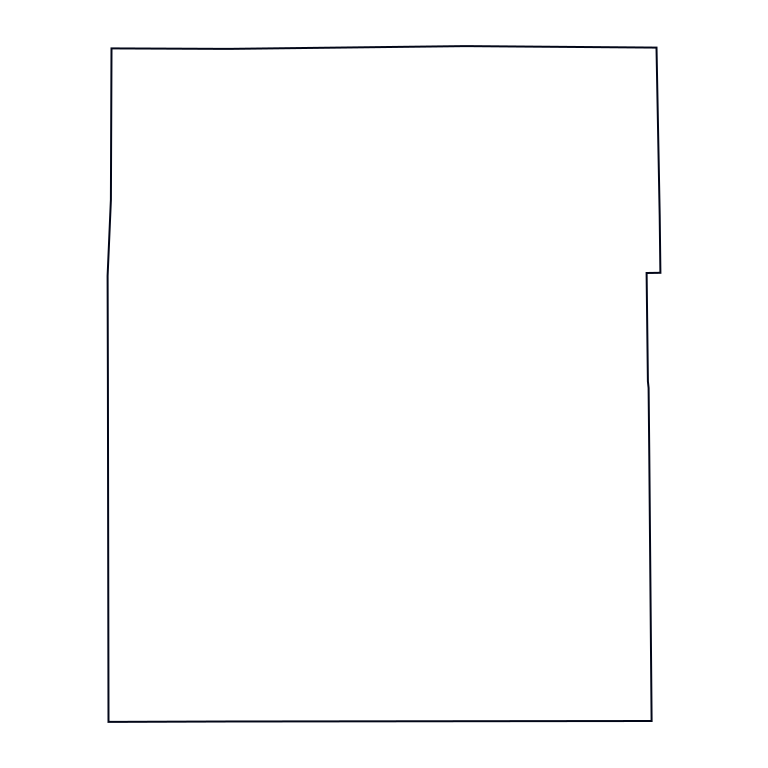 Champaign, Illinois, United States of America
{"feature_id": "52423323B49146676442539", "entity_name": "Champaign", "entity_type": "district", "adm_level": 2, "iso_a3": "USA", "parent_name": "United States of America", "parent_adm1": "Illinois", "projection": "natural_earth1", "projection_center": [-88.181, 40.14], "detail": "fine", "context": "isolated", "style": "outline", "palette": "ink", "viewbox_px": 768, "rotation_deg": 0, "n_neighbors": 0, "source": "geoboundaries", "source_scale": "gbopen_adm2", "svg_char_len": 327}
<svg xmlns="http://www.w3.org/2000/svg" viewBox="0 0 768 768"><path d="M110.9,199.8L107.6,275.8L107.9,380.9L108.5,721.9L225.5,721.5L651.6,721.0L649.3,456.8L648.6,388.0L647.9,381.3L646.6,273.0L660.4,272.8L659.7,215.7L656.5,47.6L465.4,46.1L228.2,48.9L111.5,48.4L110.9,199.8Z" fill="none" stroke="#020617" stroke-width="2"/></svg>